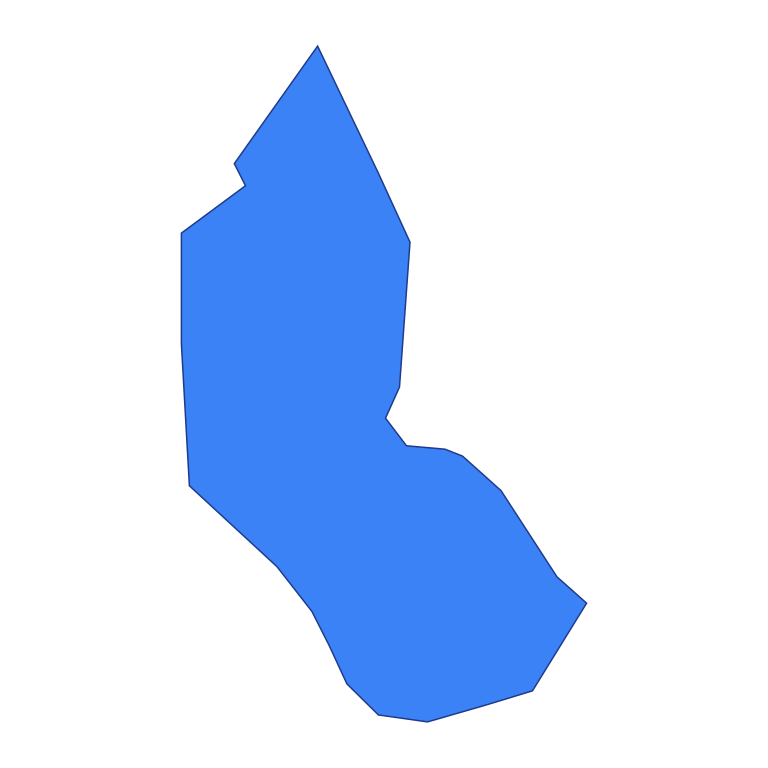 outline of Gangbuk-gu, Seoul, South Korea
{"feature_id": "91817680B92844029998138", "entity_name": "Gangbuk-gu", "entity_type": "district", "adm_level": 2, "iso_a3": "KOR", "parent_name": "South Korea", "parent_adm1": "Seoul", "projection": "natural_earth1", "projection_center": [127.017, 37.641], "detail": "fine", "context": "isolated", "style": "filled", "palette": "blue", "viewbox_px": 768, "rotation_deg": 0, "n_neighbors": 0, "source": "geoboundaries", "source_scale": "gbopen_adm2", "svg_char_len": 431}
<svg xmlns="http://www.w3.org/2000/svg" viewBox="0 0 768 768"><path d="M189.4,485.8L276.9,566.6L311.9,611.4L329.4,646.0L346.9,683.9L378.5,715.0L427.5,721.9L487.0,704.7L532.5,690.8L586.6,603.2L557.0,576.9L501.0,490.6L462.5,456.1L445.0,449.2L406.5,445.8L385.5,418.2L399.5,387.1L410.0,242.2L378.4,173.2L317.6,46.1L234.3,163.6L245.5,185.7L181.4,233.1L181.4,343.7L189.4,485.8Z" fill="#3b82f6" stroke="#1e3a8a" stroke-width="1.5"/></svg>